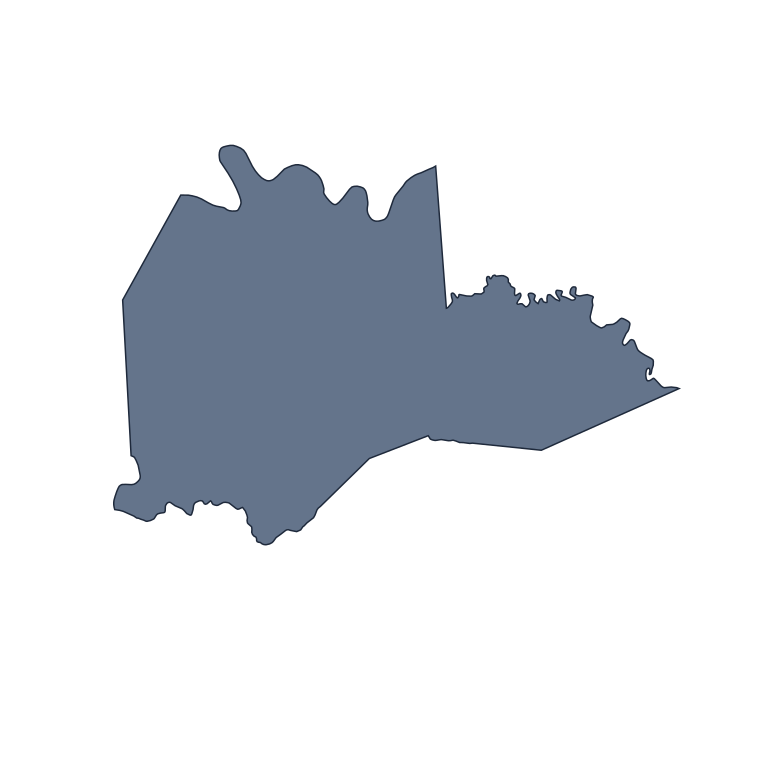 outline of Potrerillos, Cortés, Honduras, rotated 293°
{"feature_id": "27666195B96940721664513", "entity_name": "Potrerillos", "entity_type": "district", "adm_level": 2, "iso_a3": "HND", "parent_name": "Honduras", "parent_adm1": "Cortés", "projection": "mercator", "projection_center": [-87.952, 15.183], "detail": "fine", "context": "isolated", "style": "filled", "palette": "slate", "viewbox_px": 768, "rotation_deg": 293, "n_neighbors": 0, "source": "geoboundaries", "source_scale": "gbopen_adm2", "svg_char_len": 6171}
<svg xmlns="http://www.w3.org/2000/svg" viewBox="0 0 768 768"><g transform="rotate(293 384 384)"><path d="M219.2,179.2L219.2,182.0L218.8,183.2L216.8,185.7L213.2,189.4L204.6,195.3L203.1,196.0L201.6,196.3L200.1,196.2L198.0,195.5L195.6,194.3L194.1,193.1L192.7,190.9L190.7,185.5L189.1,182.1L187.9,181.0L186.3,180.2L184.1,180.0L180.7,180.0L175.4,180.4L171.5,180.9L169.4,181.5L167.3,182.4L165.3,183.6L163.2,185.2L164.4,190.0L164.9,193.7L164.7,205.3L164.0,208.7L164.5,210.6L164.5,213.1L164.8,216.0L164.7,218.3L165.0,219.5L167.1,222.4L169.8,224.8L170.7,225.1L174.6,225.7L176.0,226.4L177.7,228.5L179.5,231.5L180.1,232.1L180.8,232.3L181.9,232.1L185.8,230.6L186.8,230.4L189.3,230.8L190.3,231.4L191.0,232.2L191.4,232.9L191.5,233.8L190.3,239.3L190.3,246.6L190.0,247.9L189.2,250.0L187.7,253.0L187.5,256.4L187.6,257.0L188.2,257.7L189.4,257.8L193.8,257.3L197.7,256.2L199.7,256.2L201.3,256.8L204.1,259.4L205.0,260.8L205.3,262.2L205.1,263.1L203.5,265.4L203.6,266.7L204.6,267.9L208.3,269.8L208.7,270.1L208.2,271.2L207.0,272.5L206.4,273.7L206.5,275.7L206.9,277.5L207.5,278.5L212.1,282.3L213.1,284.1L213.8,286.7L213.9,288.1L211.7,296.2L211.5,298.0L212.1,299.2L214.7,301.5L215.1,302.0L215.0,302.3L212.9,306.0L209.7,309.1L207.8,310.5L204.8,311.3L202.8,312.6L202.2,313.7L201.0,317.5L200.6,318.1L198.4,319.3L195.8,320.2L194.1,321.8L193.1,324.0L193.1,325.5L192.9,326.1L191.7,327.2L190.0,328.0L189.3,328.9L189.3,330.2L189.8,332.2L189.3,333.7L189.2,335.6L189.5,337.0L190.0,338.3L192.1,341.2L194.2,342.9L195.8,343.6L200.5,344.7L205.6,347.8L210.3,350.4L211.6,351.3L212.5,352.8L212.7,355.1L214.0,361.3L217.1,364.3L221.0,365.1L222.2,365.9L226.0,367.3L233.4,371.4L236.4,371.7L242.0,371.5L244.1,372.0L246.5,373.3L309.7,399.6L353.7,444.9L351.4,448.2L351.4,450.3L352.0,453.1L352.9,454.7L354.7,457.5L355.3,458.7L356.9,465.3L357.8,467.3L359.3,469.5L359.6,472.6L359.7,476.5L361.0,479.7L362.8,486.2L364.1,488.5L384.5,554.7L495.1,657.4L495.0,654.9L493.4,649.5L490.2,643.6L490.0,642.5L490.1,641.3L490.6,639.5L493.6,633.0L494.5,630.8L494.6,630.0L494.4,629.6L491.5,627.7L490.7,626.9L490.0,625.7L490.1,624.7L491.4,623.3L494.0,621.7L496.3,620.8L498.9,620.2L500.3,620.2L501.3,620.6L501.9,621.4L502.0,622.2L500.1,623.7L497.5,624.1L496.7,624.4L496.5,624.6L496.6,625.0L497.5,625.7L498.7,625.7L502.2,624.9L506.5,624.5L510.1,623.1L511.3,622.2L511.9,620.3L512.5,613.1L512.9,610.5L513.4,607.6L514.1,605.3L514.8,604.0L516.0,602.7L520.7,598.2L521.6,597.0L521.8,596.1L521.6,594.6L520.7,593.5L516.2,592.0L514.7,591.2L513.7,590.5L513.5,590.0L513.6,589.1L514.5,587.8L515.7,587.2L517.9,586.9L525.0,587.1L528.2,587.9L530.3,587.9L534.7,587.1L535.7,586.7L536.5,585.9L537.1,584.2L537.5,581.2L537.6,578.6L537.3,577.0L536.3,576.1L531.8,574.1L529.4,572.4L528.3,571.3L525.4,565.8L522.8,564.5L520.8,562.6L520.5,562.0L520.4,560.8L520.8,556.9L522.2,550.6L523.6,549.3L525.6,548.0L526.9,547.4L538.2,545.4L540.3,544.0L541.5,543.4L543.6,542.7L545.5,542.8L546.0,542.4L546.2,541.1L545.7,536.2L543.9,533.3L541.6,530.0L541.1,528.1L540.9,526.6L541.3,525.5L541.9,524.9L546.9,523.5L547.8,522.8L548.0,522.2L547.5,520.6L546.9,519.8L546.3,519.4L544.2,518.9L541.1,519.4L540.0,519.9L539.3,520.7L538.1,526.5L537.6,526.7L536.9,526.7L535.6,526.0L534.8,524.8L534.5,523.8L534.8,517.5L534.3,513.2L534.6,512.6L535.0,512.3L538.0,512.2L538.5,512.1L538.9,511.7L539.0,510.6L537.9,506.7L537.5,506.3L536.8,506.1L535.4,506.4L534.3,507.2L532.4,509.6L530.7,512.4L529.8,513.0L529.0,512.9L529.0,508.9L531.0,502.6L531.0,501.7L530.6,500.8L529.9,500.0L528.8,500.0L526.6,500.5L523.5,502.0L522.7,502.0L522.1,500.8L522.0,498.6L524.2,495.9L524.2,495.6L523.6,495.0L522.6,494.5L518.2,494.4L518.8,491.8L520.0,489.4L520.6,489.1L524.3,488.7L524.9,488.0L525.3,486.8L525.4,485.4L525.1,484.1L524.6,482.9L523.6,481.9L522.3,481.9L517.5,486.1L515.6,486.5L514.2,486.5L512.3,486.0L511.1,485.3L510.4,484.3L510.5,483.6L511.8,479.7L511.0,477.9L509.9,476.5L509.7,475.8L509.9,475.1L510.4,474.8L512.7,474.8L516.0,475.5L518.0,475.6L519.1,475.4L520.2,474.7L520.7,474.0L520.4,473.2L517.0,470.9L516.8,470.4L516.9,469.8L518.2,468.8L522.4,467.3L522.9,467.0L523.3,466.1L523.5,463.1L524.1,462.0L525.3,461.1L526.4,458.6L529.0,457.5L530.0,456.2L530.4,453.9L530.3,451.4L529.6,449.7L527.0,445.0L527.5,444.0L527.3,443.0L526.1,441.9L522.9,441.4L522.6,441.2L522.5,440.2L523.5,439.6L523.8,438.5L523.5,437.6L522.6,437.0L521.3,437.2L519.4,438.0L516.0,440.8L514.3,440.4L513.4,439.5L511.4,438.5L510.4,438.7L508.8,439.8L507.6,440.1L505.0,438.5L504.5,437.5L502.6,432.3L500.0,431.0L499.3,430.4L498.9,429.9L497.3,425.6L495.9,418.5L495.4,418.1L494.2,418.5L492.9,418.4L492.3,418.3L492.0,418.0L492.0,417.4L492.3,416.7L494.1,413.9L494.5,412.8L494.6,411.8L493.9,410.9L493.4,410.7L492.3,411.1L490.2,412.4L488.0,414.2L486.4,414.8L484.3,414.5L479.8,413.1L478.9,412.6L478.1,411.8L604.8,346.4L602.4,344.6L599.4,341.6L593.0,335.7L590.3,332.7L588.1,330.7L584.6,328.3L579.6,325.6L577.8,325.0L573.6,324.2L562.9,321.1L560.4,320.6L557.0,320.6L543.0,321.6L539.9,321.6L538.1,321.2L535.8,320.2L533.9,318.2L531.9,315.5L530.7,312.9L530.4,310.5L530.8,308.1L532.2,305.5L534.3,302.9L535.7,301.7L537.7,300.5L539.6,299.8L542.7,299.0L544.9,298.1L550.5,294.8L553.2,292.8L554.6,291.5L555.8,289.6L556.3,288.0L556.2,285.2L555.6,282.0L554.2,279.2L552.8,277.5L549.8,276.2L539.1,273.5L533.7,271.6L530.8,270.0L530.1,269.0L529.7,267.7L530.0,265.5L531.1,262.4L533.2,258.2L535.4,254.8L536.7,253.6L540.1,252.5L543.1,250.3L546.7,247.1L548.3,245.2L549.6,243.2L550.6,241.3L551.5,238.3L553.4,228.2L553.3,223.7L552.4,219.6L551.2,216.9L549.0,214.0L545.8,210.8L542.9,208.3L533.5,204.6L529.0,202.2L527.6,200.9L526.4,199.4L525.8,198.1L525.4,196.4L525.5,193.6L526.0,190.7L527.6,186.6L529.8,182.4L533.0,177.7L542.3,166.8L544.3,163.4L545.1,159.8L545.1,155.4L544.7,151.9L543.5,149.1L541.4,146.0L539.5,143.6L538.5,142.7L537.1,141.9L535.0,141.7L532.9,142.0L530.4,142.8L527.9,144.1L525.7,145.5L524.7,146.6L517.2,158.0L511.6,165.6L506.1,172.0L501.3,176.9L497.6,180.1L495.0,181.6L493.8,181.9L491.7,182.1L487.8,181.8L486.3,181.2L485.1,179.5L483.8,176.5L483.1,173.8L483.0,171.7L483.7,168.7L483.7,167.3L482.2,160.3L481.8,156.6L482.1,151.5L483.0,143.8L483.0,138.7L482.3,134.0L481.4,130.2L478.5,123.1L359.2,110.6L219.2,179.2Z" fill="#64748b" stroke="#1e293b" stroke-width="1.5"/></g></svg>